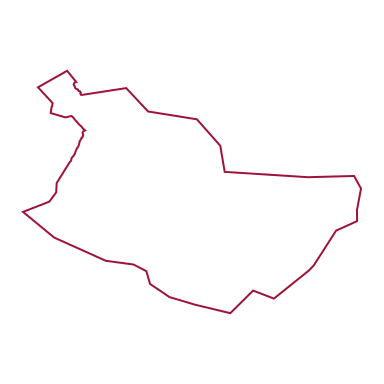 Xarxorin, Övörhangay, Mongolia (Natural Earth projection)
{"feature_id": "93677404B97821511595686", "entity_name": "Xarxorin", "entity_type": "district", "adm_level": 2, "iso_a3": "MNG", "parent_name": "Mongolia", "parent_adm1": "Övörhangay", "projection": "natural_earth1", "projection_center": [102.763, 47.157], "detail": "fine", "context": "isolated", "style": "outline", "palette": "rose", "viewbox_px": 384, "rotation_deg": 0, "n_neighbors": 0, "source": "geoboundaries", "source_scale": "gbopen_adm2", "svg_char_len": 1704}
<svg xmlns="http://www.w3.org/2000/svg" viewBox="0 0 384 384"><path d="M354.1,176.0L334.0,176.5L308.0,177.2L224.7,171.9L220.3,145.8L196.9,119.3L148.2,111.5L148.0,111.4L126.2,88.1L82.1,94.9L81.2,94.9L80.8,94.6L80.5,94.1L80.3,93.6L80.6,93.3L80.7,93.0L80.8,92.6L80.5,92.0L80.2,91.6L79.9,91.3L78.5,90.9L78.2,90.6L78.1,90.2L77.9,89.5L77.5,89.3L76.7,89.1L75.8,88.6L75.2,87.9L74.9,87.0L74.7,86.3L74.1,85.5L73.7,84.8L73.7,84.2L73.9,83.8L74.3,83.0L75.1,82.4L75.6,82.1L76.2,82.0L73.6,78.8L67.1,70.8L38.0,87.3L52.6,103.1L52.4,103.7L52.3,104.9L52.3,105.7L52.1,106.4L51.7,106.7L51.5,107.1L51.5,107.5L51.5,108.2L51.3,108.7L51.2,109.3L51.1,109.5L51.1,110.2L51.0,111.0L50.9,111.7L50.7,112.3L50.7,112.9L50.8,113.1L65.4,117.4L71.3,116.0L72.6,116.8L73.7,118.1L75.1,119.9L78.9,124.3L81.0,126.1L83.4,129.0L85.1,130.4L84.3,130.8L83.9,131.1L83.4,131.3L83.1,131.7L82.7,132.1L82.6,132.4L82.6,132.9L82.9,133.8L83.2,134.6L83.2,135.0L82.9,135.4L82.8,135.9L82.7,136.5L82.6,136.9L82.5,137.2L82.2,137.4L81.9,137.5L81.6,137.6L81.6,138.1L81.6,138.5L81.0,139.1L80.6,139.8L80.4,140.2L80.3,140.5L79.8,141.0L79.5,141.6L79.5,142.4L79.3,143.1L78.9,144.7L78.3,146.6L78.0,147.0L77.3,147.8L77.0,148.2L76.9,148.3L76.7,148.8L76.4,149.7L75.9,150.5L75.7,151.1L75.4,151.9L75.2,152.6L75.1,153.2L74.7,154.0L74.3,154.8L73.8,155.4L73.2,156.2L72.5,157.0L71.9,157.6L71.5,158.4L71.4,159.0L71.3,159.8L71.0,160.5L70.8,161.1L69.9,161.9L69.1,163.1L56.7,183.0L56.2,192.3L49.4,201.6L23.0,211.9L54.2,237.6L105.8,260.8L133.4,264.5L146.3,271.1L150.1,284.0L169.5,297.1L195.7,304.9L195.8,304.9L230.3,313.2L253.1,290.6L273.9,298.6L309.0,270.4L313.9,265.2L336.1,230.6L357.1,221.1L357.0,209.9L361.0,188.6L354.1,176.0Z" fill="none" stroke="#9f1239" stroke-width="2"/></svg>